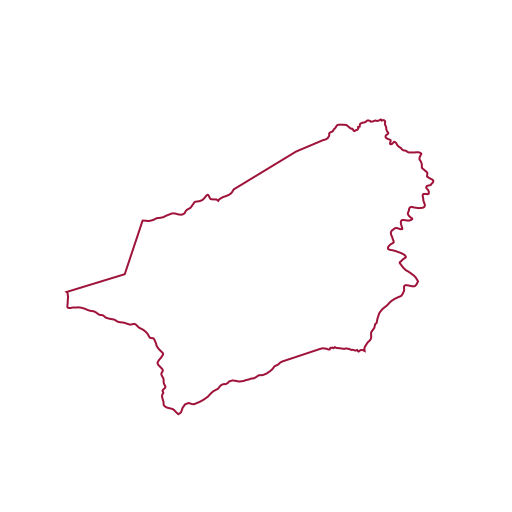 Jocon, Yoro, Honduras, rotated 114°
{"feature_id": "27666195B24666023972878", "entity_name": "Jocon", "entity_type": "district", "adm_level": 2, "iso_a3": "HND", "parent_name": "Honduras", "parent_adm1": "Yoro", "projection": "natural_earth1", "projection_center": [-86.974, 15.288], "detail": "fine", "context": "isolated", "style": "outline", "palette": "rose", "viewbox_px": 512, "rotation_deg": 114, "n_neighbors": 0, "source": "geoboundaries", "source_scale": "gbopen_adm2", "svg_char_len": 6080}
<svg xmlns="http://www.w3.org/2000/svg" viewBox="0 0 512 512"><g transform="rotate(114 256 256)"><path d="M432.1,262.6L430.3,261.4L429.1,260.9L424.4,261.3L421.7,260.7L420.6,260.6L418.3,258.4L417.7,257.8L417.6,257.0L417.3,254.2L416.6,252.3L412.0,248.0L408.7,245.5L404.2,242.8L400.6,241.6L398.0,240.5L396.8,239.9L392.7,236.7L389.2,235.8L387.6,235.0L386.2,233.4L385.8,232.7L385.6,231.9L385.3,231.5L383.6,230.2L381.5,229.5L379.2,226.8L378.1,223.0L377.9,221.6L377.8,221.0L376.8,219.0L375.4,216.8L374.8,216.0L373.7,215.0L371.6,212.2L369.9,210.5L368.6,208.2L367.1,207.0L363.9,205.0L363.3,203.9L362.4,202.0L361.5,200.8L358.7,198.2L357.3,197.5L355.9,196.5L352.7,195.0L349.2,194.2L346.3,191.7L343.3,190.4L341.7,189.1L314.4,159.2L313.0,157.2L312.3,154.5L312.0,154.0L312.0,152.1L311.6,150.9L311.4,150.7L310.0,150.7L309.6,150.6L309.3,149.9L308.7,149.2L308.8,148.3L308.7,147.7L307.2,147.0L307.2,146.3L307.4,145.7L307.3,145.0L306.6,143.3L305.1,138.0L304.8,137.3L304.2,136.7L303.7,136.1L303.4,134.0L303.0,133.4L303.1,130.9L302.3,129.4L302.0,126.8L301.7,126.3L300.7,125.4L301.5,124.1L301.6,123.5L301.3,123.2L299.8,122.5L299.1,121.7L298.5,120.2L298.6,118.1L296.6,119.3L294.7,119.6L290.5,119.0L288.9,118.6L287.0,117.7L285.3,117.4L283.4,117.7L279.9,119.4L279.0,119.7L277.4,119.5L273.5,118.7L269.8,119.4L268.1,118.6L264.1,119.5L259.9,120.0L257.8,120.1L255.6,119.6L252.8,118.8L247.8,116.2L243.5,114.7L241.5,113.7L238.8,111.9L235.7,109.3L233.9,107.5L232.8,106.9L230.6,106.6L227.8,106.6L226.6,106.9L223.9,108.3L223.1,108.3L222.4,108.0L221.8,107.5L221.0,105.3L220.2,101.2L219.7,99.9L219.3,99.1L218.7,98.5L217.1,97.9L213.4,97.6L212.6,98.5L210.5,101.7L209.8,103.5L208.8,107.5L208.2,111.0L208.1,112.8L207.9,113.7L206.5,117.4L203.9,121.9L203.2,122.1L201.3,121.1L199.4,120.5L196.4,118.6L195.8,118.8L195.2,119.6L194.7,120.5L194.5,121.6L194.3,124.6L194.8,131.3L195.3,134.0L195.7,135.3L196.0,137.2L195.9,137.9L195.7,138.3L194.8,138.8L193.8,138.9L193.1,138.8L190.3,137.6L188.4,136.1L187.3,135.8L186.5,136.3L185.0,137.9L183.2,139.4L182.3,140.5L181.0,141.7L179.5,142.4L178.6,142.4L177.7,142.3L174.5,140.6L173.4,139.4L173.1,138.3L172.8,135.1L172.2,133.8L171.9,133.4L170.9,133.8L168.8,135.8L166.5,137.4L165.1,137.7L164.1,137.4L163.6,136.9L163.0,135.6L162.0,132.0L161.4,130.6L160.2,129.2L159.4,128.6L158.8,128.3L158.4,128.4L158.1,128.9L157.8,130.7L157.1,132.7L156.4,133.7L155.8,134.4L154.7,134.8L152.3,134.8L150.9,135.3L149.4,135.2L148.5,134.7L147.8,133.7L147.4,131.4L146.3,127.5L145.4,125.5L144.1,123.3L143.3,122.6L142.5,122.2L141.3,122.2L140.4,122.7L137.2,125.7L135.5,126.6L133.7,128.0L132.4,128.5L131.7,128.4L131.1,128.1L130.1,125.9L129.7,124.3L129.4,123.9L128.9,123.6L127.8,123.9L126.7,124.5L125.7,125.6L125.0,127.3L124.6,127.8L124.5,128.1L124.1,128.4L123.3,128.5L122.7,128.4L122.1,127.9L120.6,125.9L119.9,125.2L118.9,125.1L116.8,124.3L115.3,124.5L114.8,125.1L114.5,126.1L114.3,129.6L114.2,130.6L113.8,131.3L113.9,131.9L113.4,132.3L110.9,133.0L110.2,133.5L109.9,134.1L108.3,139.5L107.9,140.4L105.0,141.7L104.0,142.4L102.5,144.0L101.3,145.9L100.8,146.2L99.2,146.7L95.8,146.5L95.3,146.6L95.1,147.0L95.0,149.4L95.9,151.5L97.1,153.6L98.7,157.2L99.3,158.7L99.3,160.0L99.0,161.1L98.9,162.1L99.4,163.8L99.5,165.0L99.2,166.1L98.3,167.8L98.2,169.1L97.6,171.5L95.8,173.9L95.4,175.0L95.4,175.8L95.6,176.3L98.0,177.2L98.7,177.6L99.1,178.3L99.1,179.0L98.6,179.4L96.4,179.7L95.5,180.1L95.3,181.1L95.4,184.4L95.1,185.4L94.7,186.0L94.0,186.3L93.0,186.4L90.9,185.2L90.3,185.1L89.8,185.2L89.4,185.6L89.0,186.7L87.5,188.3L87.2,188.6L86.1,189.0L85.2,189.7L83.2,191.8L82.0,192.3L80.6,192.7L80.2,193.3L79.9,194.3L80.1,195.1L81.2,196.2L81.1,196.5L80.5,197.2L80.5,197.5L80.9,197.9L81.9,198.5L82.9,199.6L83.5,200.6L83.6,202.0L85.7,204.2L86.4,205.3L86.6,205.9L86.2,206.6L86.2,207.2L86.5,208.6L87.0,209.5L87.6,209.9L88.7,210.2L89.2,210.6L89.8,211.2L90.9,212.9L92.6,214.5L94.0,214.5L95.6,213.9L96.3,214.6L96.7,215.2L97.8,214.4L98.4,214.5L99.5,214.8L100.1,215.6L101.9,216.9L101.9,217.3L101.7,217.9L100.9,219.0L100.6,219.9L100.6,220.2L101.0,220.7L101.0,221.5L99.6,226.5L100.1,228.4L101.6,232.1L102.5,233.9L103.3,234.9L104.4,235.3L106.7,235.6L108.6,236.4L111.1,236.7L112.7,238.3L114.1,239.0L114.7,238.8L115.9,238.2L116.7,238.1L119.0,238.4L120.0,238.9L121.3,239.9L122.8,241.8L144.3,261.9L204.0,303.3L205.0,303.6L206.8,303.7L209.4,304.5L211.4,305.8L213.7,308.0L215.5,310.0L216.4,310.7L218.9,312.5L219.8,312.8L221.0,312.9L221.0,313.3L220.5,314.5L220.4,315.0L222.2,319.4L222.4,320.8L222.0,321.5L220.0,323.9L219.7,324.6L219.8,325.2L221.0,325.9L224.8,326.9L226.6,327.7L228.8,329.8L230.8,333.0L231.3,333.7L231.9,334.1L238.2,335.3L239.7,336.2L241.2,337.4L242.3,338.1L243.7,338.5L245.0,338.5L246.1,338.7L246.8,339.1L247.5,339.6L248.5,340.8L249.2,342.4L249.6,343.9L250.1,347.2L250.6,348.6L251.1,349.8L252.2,351.0L256.1,354.8L258.2,356.4L260.2,359.2L261.9,362.2L264.5,364.2L265.6,365.4L267.7,368.2L268.9,371.9L269.8,374.0L326.0,368.5L365.9,414.4L366.1,413.7L366.8,412.9L369.9,411.0L373.5,409.8L375.8,408.8L378.8,407.9L379.3,407.5L379.8,406.5L379.1,404.5L377.5,402.3L376.3,399.5L375.2,397.5L374.2,394.2L373.8,390.7L373.8,387.9L373.5,385.2L372.5,381.7L372.6,379.4L373.3,376.2L373.4,375.4L373.2,374.2L372.6,372.5L372.5,371.5L372.8,370.1L373.3,368.8L373.4,368.2L373.0,364.7L371.8,359.9L371.8,358.7L372.2,356.4L372.2,355.3L372.0,353.9L370.6,349.5L370.0,343.2L367.5,339.5L367.4,338.9L367.6,337.6L369.0,333.9L369.3,329.0L370.1,325.9L371.2,323.4L372.6,321.5L373.5,320.4L373.7,319.9L373.7,318.8L373.0,316.5L373.1,315.7L373.6,315.0L376.5,311.8L378.0,310.7L379.2,309.3L380.7,306.6L382.5,301.8L383.2,301.0L384.3,300.9L387.5,301.4L390.0,302.2L391.2,302.4L392.7,302.6L393.9,302.4L394.5,301.9L395.2,301.0L397.3,295.9L398.0,294.9L399.1,294.4L401.6,294.7L402.6,294.3L403.5,293.5L405.5,290.8L406.3,290.3L408.9,289.0L409.9,288.3L410.4,287.8L411.5,286.4L412.2,285.6L412.8,285.4L413.5,285.5L414.2,285.7L415.6,286.4L417.2,286.6L418.3,285.3L418.7,285.0L420.9,285.2L422.4,284.8L424.8,283.0L427.1,281.0L428.9,280.2L429.6,279.7L430.3,278.6L430.7,276.5L430.6,275.1L429.8,270.6L429.8,269.1L430.1,268.1L431.2,265.5L432.1,262.6Z" fill="none" stroke="#9f1239" stroke-width="2"/></g></svg>